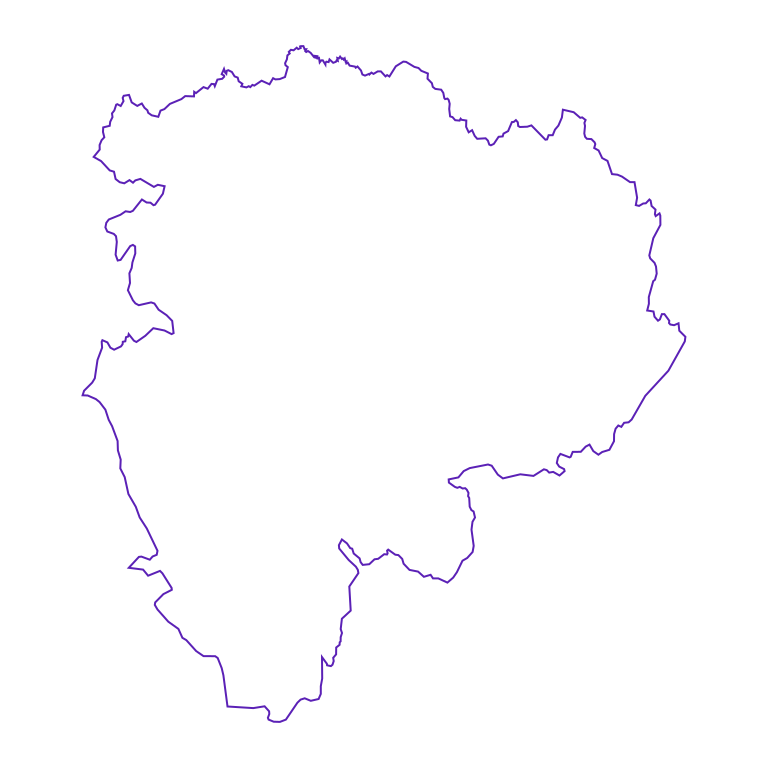 an SVG outline of Orientale
{"feature_id": "COD-1559", "entity_name": "Orientale", "entity_type": "Province", "adm_level": 1, "iso_a3": "COD", "parent_name": "Democratic Republic of the Congo", "parent_adm1": "", "projection": "equal_earth", "projection_center": [26.062, 1.632], "detail": "fine", "context": "isolated", "style": "outline", "palette": "violet", "viewbox_px": 768, "rotation_deg": 0, "n_neighbors": 0, "source": "natural_earth", "source_scale": "10m", "svg_char_len": 5992}
<svg xmlns="http://www.w3.org/2000/svg" viewBox="0 0 768 768"><path d="M427.9,73.5L427.5,78.7L431.9,83.2L432.8,86.9L435.3,88.9L441.2,89.7L443.3,92.9L444.3,98.1L445.1,99.1L447.5,98.6L448.7,100.0L449.7,103.8L449.2,109.0L450.1,116.4L452.5,117.1L455.2,120.2L459.6,120.6L460.6,118.7L461.6,119.8L466.3,120.5L466.1,126.8L468.7,132.3L472.1,130.2L474.7,135.9L477.2,138.8L485.6,138.3L487.9,140.6L489.3,144.6L490.9,145.3L493.8,143.9L498.6,136.8L502.7,136.4L503.5,133.6L508.1,131.1L511.9,122.1L513.8,121.9L515.9,120.1L517.8,122.3L518.2,126.0L519.9,127.0L527.3,126.7L531.4,125.4L545.4,139.7L547.1,139.4L548.6,135.2L552.7,135.2L555.0,129.6L558.4,125.6L561.9,117.5L562.9,109.7L573.7,112.2L580.2,117.8L582.2,117.4L585.6,120.0L584.4,122.9L585.0,125.9L584.3,133.5L585.1,136.8L586.9,138.8L591.4,139.1L594.6,142.3L595.3,144.1L594.2,148.0L598.6,150.5L602.2,158.1L607.5,160.9L612.0,174.1L617.5,174.7L622.0,176.6L630.0,182.1L634.5,182.1L637.1,197.7L635.8,205.1L639.1,205.9L643.2,203.5L645.8,203.3L649.4,199.5L650.6,200.6L651.6,206.0L655.5,209.6L654.9,214.2L655.7,216.1L659.5,213.4L660.3,215.6L660.4,224.9L653.3,238.2L649.3,255.4L650.2,258.4L654.5,262.8L656.0,266.5L656.7,273.6L655.0,279.7L653.2,281.2L648.8,297.1L648.9,303.8L647.2,310.5L653.5,311.5L654.5,316.7L658.0,320.7L659.9,319.4L661.9,314.1L664.4,314.1L669.3,320.8L669.0,323.0L670.3,324.5L674.1,325.2L678.5,323.3L679.3,330.7L685.4,336.8L684.8,341.4L668.4,370.7L645.3,395.8L631.7,419.5L628.6,422.3L624.1,422.8L621.3,426.9L618.3,425.5L615.6,428.7L614.1,434.1L614.0,441.2L609.4,449.8L602.2,452.0L598.4,454.7L593.3,451.1L589.5,444.6L585.7,446.6L580.8,451.8L572.7,451.9L570.7,456.8L569.6,457.4L560.4,453.9L558.0,457.4L556.8,463.0L559.2,466.6L564.1,469.1L564.6,471.1L559.5,475.5L553.2,471.9L549.2,472.6L546.7,470.1L543.9,469.3L533.5,475.9L520.3,474.3L502.9,478.4L497.8,474.6L491.7,465.7L488.0,464.5L469.7,468.1L463.7,471.1L458.4,477.4L448.7,479.4L448.9,482.6L454.9,486.9L457.3,487.8L459.8,486.9L462.6,488.5L465.2,488.2L466.8,489.7L468.5,492.9L468.1,496.1L469.2,498.0L469.7,506.7L471.4,510.1L473.6,511.5L475.0,517.5L472.5,521.8L471.5,529.6L473.7,545.9L472.6,552.0L467.2,558.0L462.5,560.7L456.9,572.2L453.2,577.6L447.4,582.6L438.3,578.4L433.0,578.4L430.6,574.8L423.9,576.8L418.1,571.6L409.5,569.9L403.6,563.7L402.2,558.9L398.4,555.1L395.3,554.7L388.2,549.6L387.1,550.6L387.6,553.4L387.0,554.5L384.2,554.2L378.2,558.8L374.5,559.3L369.3,564.2L362.7,564.9L360.6,562.1L359.6,558.4L353.7,553.5L352.2,548.7L350.2,548.1L347.0,543.4L341.9,539.5L338.9,545.2L339.2,548.5L348.7,560.0L355.9,566.7L357.8,569.8L358.4,573.1L349.3,586.5L350.7,610.6L341.9,618.7L340.7,629.1L342.0,633.0L340.7,637.1L340.6,641.4L339.7,642.3L339.6,644.8L336.2,647.5L336.1,654.4L333.2,657.8L333.7,661.1L332.5,664.7L330.9,666.1L327.1,665.3L326.9,663.8L322.0,657.1L322.2,678.5L320.8,686.2L320.8,693.9L318.6,699.0L310.8,700.8L304.7,698.3L300.6,699.6L297.4,702.7L285.9,719.6L279.9,721.9L273.7,721.7L268.6,719.6L267.9,717.8L269.3,714.0L269.1,711.3L264.6,706.3L253.3,708.1L227.5,706.5L223.4,675.3L221.7,668.1L217.7,658.0L215.2,656.2L203.5,656.1L196.2,651.1L186.3,640.1L182.4,637.8L178.4,628.9L168.3,621.7L157.5,609.5L154.8,604.9L155.2,602.4L163.4,594.1L171.8,589.8L171.6,587.9L162.4,573.3L160.0,570.9L148.1,575.7L143.1,569.6L128.8,567.8L138.9,556.9L141.4,556.6L149.8,559.7L152.6,556.5L156.7,554.8L157.5,550.8L146.8,528.5L139.7,517.5L135.8,506.8L128.4,494.0L124.7,477.1L120.3,468.4L120.7,459.6L117.9,450.4L117.6,441.0L112.1,426.2L108.7,419.8L105.4,409.7L99.6,402.1L95.9,399.1L87.7,395.5L82.6,395.3L84.1,390.7L92.2,382.6L94.8,378.3L97.5,360.0L102.1,347.7L101.7,341.8L102.4,340.2L107.4,342.4L110.4,347.7L114.1,349.7L121.0,346.4L122.6,344.2L122.8,341.8L125.3,341.3L126.0,337.2L128.2,336.5L128.7,334.1L133.9,340.7L136.4,342.0L145.3,335.8L153.3,328.2L164.5,330.5L171.6,334.1L173.6,333.1L172.2,320.9L166.6,315.2L158.6,309.7L154.4,303.5L151.1,302.4L138.8,305.2L135.4,303.4L132.9,300.3L127.9,290.2L130.0,283.0L129.4,273.3L131.7,267.9L132.4,262.5L135.3,253.4L135.1,246.4L132.9,244.9L130.2,246.1L120.6,259.9L117.7,260.5L115.6,254.7L116.8,241.9L116.0,236.2L113.8,233.9L107.3,231.5L105.4,227.4L106.3,222.8L108.8,219.5L120.4,214.8L125.6,211.3L130.2,212.0L132.9,210.8L141.9,199.5L146.6,202.5L150.5,202.7L153.5,205.2L155.1,204.7L162.9,193.7L164.6,186.2L157.8,184.8L153.9,186.9L140.4,178.9L135.3,180.4L133.0,182.7L129.5,180.1L124.3,183.3L119.7,182.2L115.6,179.0L114.0,171.7L109.7,170.4L101.1,161.1L93.7,156.9L99.7,149.6L99.6,145.0L101.6,140.2L104.3,137.3L103.0,132.0L103.2,127.4L109.7,125.8L110.2,121.8L112.5,117.1L112.0,113.4L114.3,110.5L116.2,104.7L117.3,104.2L120.7,106.0L123.5,101.1L122.7,97.9L123.7,95.8L129.0,94.9L131.7,102.4L137.2,105.9L141.8,103.5L144.5,107.8L147.4,110.3L148.2,112.8L151.7,115.3L158.3,116.8L160.5,110.6L164.4,109.1L169.9,103.9L181.4,99.1L185.2,96.1L194.0,96.4L194.2,91.8L196.0,93.1L203.5,87.1L207.7,88.7L211.5,83.9L214.0,84.1L214.8,86.2L217.4,79.6L222.2,78.8L224.2,76.7L224.1,75.6L221.7,74.2L224.0,68.9L225.1,72.5L226.3,73.8L226.7,70.8L228.3,70.2L231.9,72.0L234.6,76.4L237.7,77.6L238.7,81.3L242.4,83.8L241.3,86.3L246.4,87.4L248.8,86.2L250.3,87.1L252.4,84.9L254.3,85.6L261.6,80.7L269.5,84.3L273.1,78.2L275.4,79.4L279.7,79.1L285.0,77.0L287.8,67.1L285.5,65.2L285.1,63.2L286.9,59.3L287.4,55.4L289.7,53.5L288.8,51.9L290.9,49.8L293.6,50.3L296.7,47.7L298.2,49.1L300.7,48.0L300.1,46.4L300.9,46.1L303.4,46.1L304.6,49.2L306.2,49.2L305.2,51.0L306.2,52.0L308.0,51.0L310.7,52.9L314.2,57.3L316.1,57.8L316.7,56.6L315.9,56.0L317.5,56.2L317.6,58.4L319.0,57.9L319.7,62.4L321.3,60.3L322.8,60.3L325.4,64.6L325.5,62.7L326.4,61.7L328.6,62.1L329.5,59.4L333.2,62.8L335.9,61.8L336.6,60.4L337.8,60.9L337.3,57.9L338.9,58.4L340.1,56.6L341.9,59.0L342.8,58.4L343.7,59.6L344.7,58.4L345.7,62.0L346.5,61.5L346.5,63.4L347.9,62.8L349.6,65.6L355.0,66.6L355.7,67.7L357.5,66.5L361.0,70.5L362.4,74.5L365.0,75.6L369.0,73.9L369.4,74.5L371.4,72.6L373.5,73.9L377.7,71.4L380.9,71.4L385.5,76.4L387.1,75.1L389.4,76.5L395.8,66.3L403.3,61.6L406.1,61.9L414.4,66.9L418.5,68.0L421.3,70.8L427.9,73.5Z" fill="none" stroke="#5b21b6" stroke-width="2"/></svg>